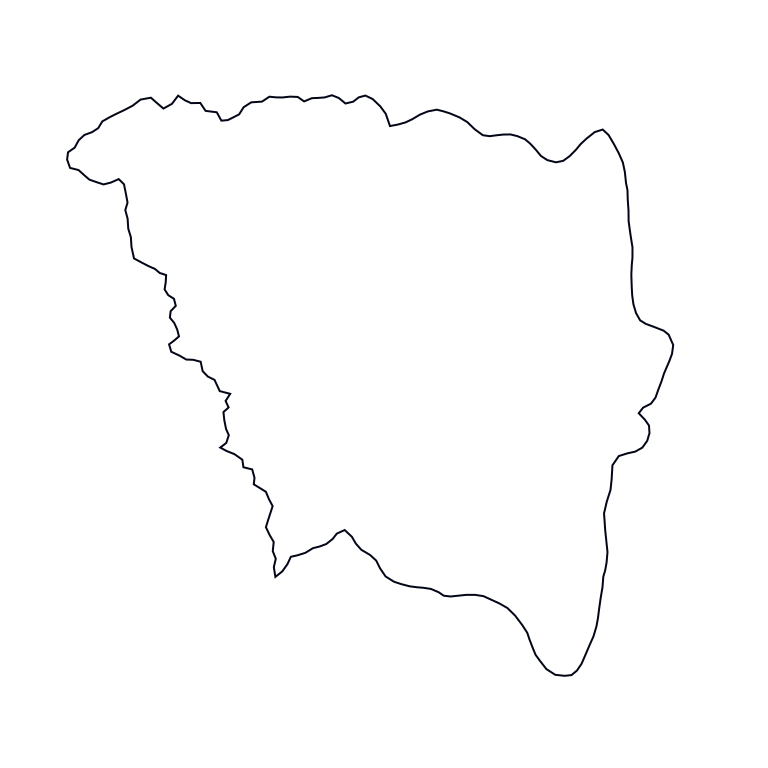 outline of Josenópolis, Minas Gerais, Brazil, rotated 174°
{"feature_id": "56859067B6058269731214", "entity_name": "Josenópolis", "entity_type": "district", "adm_level": 2, "iso_a3": "BRA", "parent_name": "Brazil", "parent_adm1": "Minas Gerais", "projection": "albers", "projection_center": [-42.539, -16.52], "detail": "fine", "context": "isolated", "style": "outline", "palette": "ink", "viewbox_px": 768, "rotation_deg": 174, "n_neighbors": 0, "source": "geoboundaries", "source_scale": "gbopen_adm2", "svg_char_len": 3297}
<svg xmlns="http://www.w3.org/2000/svg" viewBox="0 0 768 768"><g transform="rotate(174 384 384)"><path d="M558.6,692.3L565.6,684.8L574.6,681.0L579.9,686.6L585.9,693.1L596.4,692.3L605.0,687.0L614.1,683.4L621.0,681.0L628.7,678.1L636.7,674.6L641.5,668.3L648.0,665.0L655.9,663.0L662.1,658.4L666.9,651.4L674.0,647.5L675.7,640.3L673.6,631.7L665.4,628.7L660.2,622.9L655.6,618.0L649.0,614.9L642.1,611.8L634.5,612.9L626.4,615.5L621.7,609.8L620.8,600.2L620.1,591.2L623.1,584.0L621.7,575.2L622.1,565.2L620.4,556.4L620.8,546.7L619.5,535.0L612.0,529.9L606.1,526.0L599.8,522.4L595.5,517.9L589.3,515.1L590.5,507.8L592.3,501.0L589.3,494.9L584.0,490.7L582.9,483.5L588.6,478.7L590.0,472.3L586.3,466.8L584.0,459.9L582.9,452.8L587.9,449.3L593.6,445.9L592.2,438.3L584.4,433.6L578.1,429.0L571.2,428.0L564.0,425.3L563.0,415.7L558.4,409.8L552.1,405.8L548.1,394.1L538.0,390.3L543.3,383.7L541.0,376.9L546.6,372.9L546.6,364.6L545.8,355.9L543.7,349.3L547.0,341.9L553.5,337.9L547.5,333.8L540.1,329.9L532.8,323.5L532.5,315.9L524.0,312.8L522.6,304.2L524.0,297.8L518.3,293.5L512.7,289.1L510.4,281.3L507.5,274.2L510.8,266.8L513.7,260.3L516.4,253.9L513.5,245.7L510.2,238.4L512.1,229.4L509.9,221.5L512.7,213.4L512.2,203.5L504.7,208.3L498.9,214.9L494.7,221.9L487.9,222.7L479.9,224.3L471.7,228.2L465.1,229.1L458.1,230.9L451.2,235.3L446.6,240.1L438.4,242.9L431.9,235.4L428.7,228.2L423.9,221.5L415.7,215.4L410.2,209.2L407.2,201.1L402.5,192.4L394.7,186.3L387.8,183.2L379.6,180.1L372.4,178.4L366.5,177.3L358.8,175.3L351.4,171.2L346.7,167.2L339.9,165.7L331.3,165.7L324.6,165.7L315.5,164.8L307.2,162.6L299.8,158.2L292.2,153.7L284.7,148.3L277.7,139.8L271.7,129.8L267.5,121.5L266.1,115.1L263.8,106.5L261.6,98.9L258.2,93.0L252.3,83.5L244.1,76.9L234.9,74.9L228.0,74.9L222.1,78.8L216.7,85.2L211.8,93.9L206.8,102.9L202.0,111.2L198.1,120.6L195.7,128.7L193.5,138.1L191.1,147.7L187.9,159.3L186.0,169.6L183.6,175.3L181.3,183.2L179.3,193.5L179.3,203.5L179.3,215.2L179.0,223.4L178.7,232.3L174.8,243.6L169.8,255.0L167.6,265.3L165.3,279.3L158.0,287.8L149.2,289.6L141.2,290.5L133.8,293.7L128.2,299.9L125.1,307.4L124.8,315.0L128.2,321.1L133.7,328.3L128.8,333.4L120.6,336.5L115.4,342.1L111.4,350.5L107.8,357.5L104.5,365.0L100.9,371.5L97.8,377.0L94.4,383.9L92.3,392.5L95.7,403.2L100.3,407.8L108.8,412.2L117.3,416.4L122.6,420.5L125.9,428.1L127.6,437.1L127.9,446.2L127.5,454.4L126.6,466.9L125.2,476.1L123.7,483.7L122.6,493.8L123.3,507.6L123.7,520.3L122.7,530.9L122.3,542.2L121.6,551.2L122.3,558.6L122.3,569.7L123.3,579.3L126.4,589.0L130.5,599.1L134.6,608.1L139.9,614.2L148.1,612.5L156.6,607.1L163.2,602.2L168.7,596.8L175.6,591.2L182.5,587.2L189.8,586.5L198.2,589.6L204.1,594.4L208.5,601.1L213.5,607.8L218.1,612.6L225.5,616.6L232.2,619.0L239.3,619.6L246.5,619.6L252.9,619.4L259.7,621.1L267.2,627.9L273.8,635.8L281.1,641.3L290.3,646.3L296.2,648.9L302.8,651.3L312.0,650.5L320.2,648.1L328.4,644.3L335.3,641.9L342.9,640.6L351.1,639.9L354.0,652.5L358.6,660.4L365.5,668.6L372.4,672.8L379.2,671.7L385.1,668.0L393.0,667.0L399.1,673.2L405.6,676.6L413.1,675.2L419.4,675.4L425.9,675.8L433.9,673.4L439.8,678.5L447.3,679.6L455.1,679.6L461.1,680.3L468.0,681.7L475.8,677.6L486.6,678.0L494.7,673.9L499.9,667.3L506.1,664.9L511.7,662.8L518.2,662.9L521.9,671.7L532.9,674.3L537.3,682.7L546.5,683.5L552.4,687.0L558.6,692.3Z" fill="none" stroke="#020617" stroke-width="2"/></g></svg>